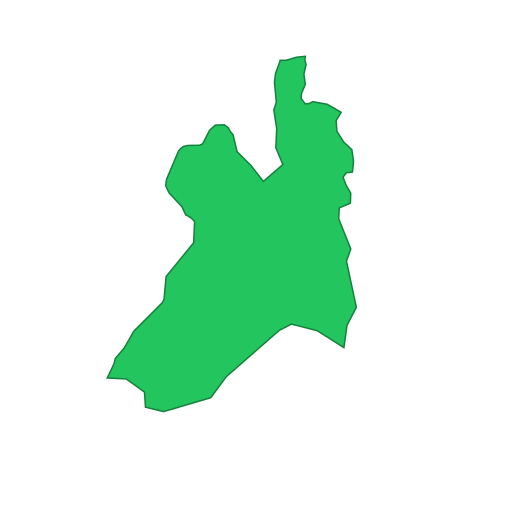 SVG path tracing the border of Nógrád, rotated 308°
{"feature_id": "HUN-3166", "entity_name": "Nógrád", "entity_type": "County", "adm_level": 1, "iso_a3": "HUN", "parent_name": "Hungary", "parent_adm1": "", "projection": "mercator", "projection_center": [19.65, 47.967], "detail": "fine", "context": "isolated", "style": "filled", "palette": "green", "viewbox_px": 512, "rotation_deg": 308, "n_neighbors": 0, "source": "natural_earth", "source_scale": "10m", "svg_char_len": 1231}
<svg xmlns="http://www.w3.org/2000/svg" viewBox="0 0 512 512"><g transform="rotate(308 256 256)"><path d="M382.1,180.1L389.7,177.3L404.3,163.6L411.8,159.0L424.0,155.1L425.1,154.5L428.5,159.0L437.5,165.5L443.7,171.9L440.4,174.0L437.8,177.5L428.8,181.8L421.6,189.2L412.3,191.7L407.9,194.6L406.2,201.1L408.5,203.8L412.5,205.7L419.4,218.7L421.7,234.6L412.0,235.8L404.1,242.9L399.8,255.0L398.8,266.1L390.5,274.7L381.5,280.3L377.2,275.9L371.7,276.1L367.2,283.5L363.8,292.0L355.7,297.9L345.2,292.0L336.2,298.3L319.9,326.4L307.7,330.4L277.3,366.7L257.4,370.4L237.9,381.7L234.8,350.1L224.1,325.8L211.6,320.1L142.6,306.9L116.5,307.6L76.5,279.0L68.8,262.0L80.1,251.9L79.2,229.4L68.3,213.9L83.9,210.4L88.6,208.2L95.9,208.5L102.2,208.8L121.6,206.0L161.6,210.9L165.2,210.2L184.5,197.8L228.1,198.7L245.3,186.4L245.8,183.9L246.0,181.3L245.8,178.7L245.3,176.0L245.2,175.7L245.2,175.4L245.2,175.2L245.3,175.0L249.2,167.3L252.2,148.6L255.8,141.5L261.3,138.3L291.0,130.3L294.5,130.5L297.7,131.4L301.4,134.5L308.4,143.2L311.6,144.9L326.5,142.0L334.1,143.3L339.9,150.3L340.0,155.0L338.2,159.2L337.4,163.3L326.6,176.8L324.2,196.4L319.3,215.9L344.6,220.8L353.6,204.9L369.1,193.9L382.1,180.1Z" fill="#22c55e" stroke="#15803d" stroke-width="1.5"/></g></svg>